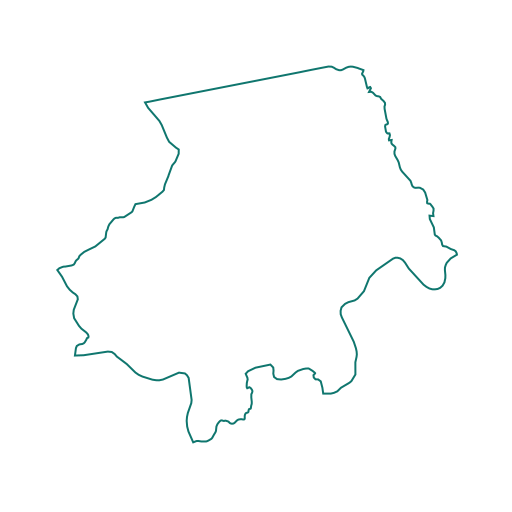 SVG path tracing the border of Uíge, rotated 350°
{"feature_id": "AGO-1881", "entity_name": "Uíge", "entity_type": "Province", "adm_level": 1, "iso_a3": "AGO", "parent_name": "Angola", "parent_adm1": "", "projection": "robinson", "projection_center": [15.52, -7.131], "detail": "fine", "context": "isolated", "style": "outline", "palette": "teal", "viewbox_px": 512, "rotation_deg": 350, "n_neighbors": 0, "source": "natural_earth", "source_scale": "10m", "svg_char_len": 5065}
<svg xmlns="http://www.w3.org/2000/svg" viewBox="0 0 512 512"><g transform="rotate(350 256 256)"><path d="M360.3,82.0L363.4,82.7L365.4,84.1L367.3,85.9L370.0,87.4L371.9,87.8L373.7,87.5L377.6,86.2L380.0,85.8L382.1,85.9L384.2,86.4L388.8,88.5L389.7,89.1L394.1,91.6L393.7,92.7L392.1,94.9L392.1,95.8L393.3,97.5L393.9,98.9L394.1,100.2L394.6,108.7L394.9,110.3L395.6,110.2L396.8,109.5L397.8,109.4L398.3,110.7L395.8,114.1L398.1,114.3L399.6,115.6L401.6,118.7L403.0,119.6L404.6,120.1L405.9,121.0L406.5,122.9L408.6,125.6L409.6,127.6L409.4,129.4L408.5,131.1L408.2,133.4L408.3,143.4L408.5,144.5L408.8,145.8L409.1,147.1L408.9,148.5L408.3,149.0L407.1,149.1L406.1,149.5L405.6,150.9L405.6,156.1L405.8,156.6L406.5,157.9L407.3,158.4L408.0,158.2L408.7,158.4L408.9,160.2L408.2,162.0L407.1,163.9L407.1,165.2L409.7,165.3L409.0,167.3L409.0,168.8L409.8,170.1L411.0,171.4L412.1,173.0L412.0,174.3L410.5,177.1L410.1,179.5L410.5,181.7L412.2,186.3L412.8,188.7L413.1,193.7L413.6,196.1L414.6,198.3L421.2,208.8L421.6,210.8L421.8,212.8L422.3,214.6L423.7,216.1L425.0,216.6L427.9,216.9L429.3,217.3L432.2,219.6L433.6,222.9L434.5,230.7L434.2,231.3L433.8,232.5L433.8,233.8L434.9,234.4L436.3,234.7L437.0,235.6L437.5,236.7L438.1,237.7L439.1,240.1L438.7,242.2L437.8,244.6L437.7,247.5L433.9,246.4L433.6,249.8L436.1,258.7L435.8,266.0L436.4,267.1L437.6,267.9L439.1,269.7L441.0,272.8L441.3,275.0L441.3,277.1L441.9,278.7L445.1,279.8L449.1,283.0L452.2,284.7L453.5,286.1L454.1,288.2L454.1,289.6L453.8,289.7L447.3,292.2L442.7,295.8L441.4,297.6L440.1,300.1L439.6,302.6L439.2,307.7L438.6,310.7L437.0,314.7L434.6,317.6L431.9,319.3L429.2,320.0L426.4,319.9L423.8,319.4L421.1,318.1L418.5,316.0L416.0,313.3L404.3,294.9L401.6,288.4L399.9,285.5L397.6,283.4L395.1,282.3L393.1,281.9L390.5,282.4L371.9,291.0L363.8,297.2L356.2,309.4L348.6,315.6L345.4,316.9L339.0,317.5L335.4,318.6L331.3,321.4L329.8,324.7L329.3,328.1L329.9,331.4L337.4,357.5L338.4,364.3L338.5,367.6L338.2,370.5L337.5,372.8L335.4,377.9L333.3,390.0L328.2,395.8L326.1,397.0L316.8,400.5L312.6,403.4L309.0,404.3L305.9,404.5L298.3,403.2L298.5,397.3L298.0,390.7L295.7,388.3L293.2,387.8L291.8,385.7L291.9,383.3L293.8,381.9L293.9,381.7L293.5,381.0L291.7,378.9L288.8,376.3L288.2,375.9L285.8,375.5L282.8,375.5L277.3,376.4L274.8,377.6L269.9,380.8L267.1,381.7L263.7,382.1L259.3,382.0L255.3,380.9L252.8,378.3L252.6,374.9L253.4,371.8L253.6,368.8L251.3,365.4L249.1,365.5L236.1,365.9L228.2,368.1L225.4,370.2L226.4,374.5L226.3,376.4L225.9,377.0L224.9,379.5L224.2,382.5L224.1,383.9L224.4,384.7L225.0,384.6L226.1,384.2L226.7,384.1L227.3,384.6L228.0,385.4L228.8,387.1L229.0,388.1L228.9,388.9L228.3,390.1L227.4,391.3L226.8,394.5L226.5,399.0L226.1,400.9L225.5,402.1L225.2,402.8L224.6,404.6L224.3,405.3L223.8,405.5L223.2,405.5L222.7,405.6L222.4,405.7L221.7,407.2L221.5,408.1L221.1,408.5L220.5,408.8L219.4,408.8L218.6,409.1L217.8,410.0L217.4,410.8L217.1,411.6L216.7,414.0L216.4,414.6L215.9,414.9L215.0,414.8L213.6,414.3L213.0,414.1L210.7,414.0L209.7,414.2L208.6,414.7L205.9,416.6L204.9,417.0L204.1,417.1L202.8,416.9L202.0,416.5L201.4,416.1L201.0,415.6L200.6,415.1L200.3,414.5L199.8,414.1L198.7,413.5L197.5,412.9L196.8,412.8L195.9,412.9L195.2,412.7L194.1,412.1L193.5,411.9L192.8,411.9L191.9,412.3L190.9,413.0L189.1,414.6L188.2,415.8L187.4,417.1L186.2,421.3L185.4,422.6L183.8,424.4L181.9,426.7L181.6,427.2L180.8,427.9L180.3,428.3L177.1,429.5L175.1,430.0L173.6,429.8L169.8,429.1L166.9,428.1L165.2,427.9L161.8,428.6L159.0,417.1L158.6,412.0L159.1,406.3L160.1,402.5L161.6,398.8L166.7,389.7L167.6,386.6L168.5,364.4L167.3,361.4L165.6,359.3L159.9,357.5L142.9,361.5L139.0,361.6L136.1,361.0L132.5,359.8L123.2,355.0L119.8,352.6L117.0,349.8L110.0,340.0L101.5,330.9L99.8,328.0L97.3,325.5L93.5,324.4L69.1,323.8L60.4,322.6L62.7,315.4L63.9,313.5L66.4,312.5L67.1,312.4L69.6,312.5L71.1,312.1L71.9,311.6L72.5,311.1L74.5,308.8L75.2,307.6L76.7,307.2L77.1,306.2L77.1,305.6L76.9,304.1L75.6,301.9L71.4,297.2L69.5,294.0L66.1,285.7L66.1,281.0L67.2,277.3L73.0,267.7L73.1,264.8L71.5,262.3L69.2,260.1L66.7,256.9L64.6,253.0L61.4,242.8L57.9,235.3L60.2,233.9L63.4,233.2L64.4,233.1L65.1,233.1L66.3,233.3L72.7,233.3L74.3,233.0L75.2,232.7L76.5,231.3L77.2,230.2L77.7,229.6L78.4,229.0L80.3,227.9L80.8,227.5L81.7,226.0L82.0,225.5L83.6,224.3L87.6,222.1L92.6,220.6L99.4,218.7L110.0,212.8L111.1,211.7L112.4,207.4L112.8,206.2L113.3,205.4L114.4,204.0L114.7,203.5L115.0,202.7L115.7,201.3L117.1,199.3L122.0,195.2L123.1,194.5L123.7,194.3L124.4,194.1L125.1,194.1L126.4,194.4L127.1,194.4L128.5,194.2L129.2,194.3L131.4,194.7L132.2,194.8L133.1,194.7L140.8,191.4L141.5,191.0L142.0,190.6L144.6,186.4L146.3,184.0L155.7,184.0L162.8,182.5L167.6,180.6L175.1,176.4L176.8,175.0L177.5,172.6L178.8,169.6L183.6,162.1L183.9,161.4L189.1,152.4L189.7,151.8L192.6,149.4L193.2,148.7L197.6,141.9L198.4,137.7L196.0,135.4L190.3,128.5L188.8,123.9L185.9,110.7L184.3,106.2L175.5,91.4L173.4,85.5L177.9,85.5L188.8,85.2L199.8,85.0L210.7,84.8L221.7,84.6L232.7,84.4L243.6,84.2L254.6,84.0L265.6,83.8L276.5,83.6L287.5,83.4L298.4,83.2L309.4,83.0L320.4,82.8L331.3,82.6L334.5,82.5L342.3,82.3L353.2,82.1L360.3,82.0Z" fill="none" stroke="#0f766e" stroke-width="2"/></g></svg>